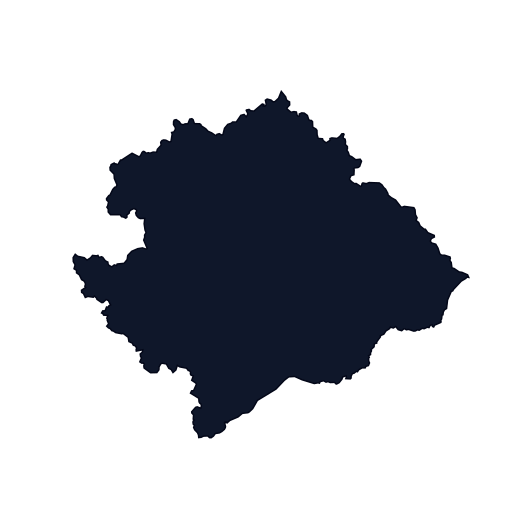 outline of Huiliches, Neuquén, Argentina, rotated 326°
{"feature_id": "61730980B75660067581001", "entity_name": "Huiliches", "entity_type": "district", "adm_level": 2, "iso_a3": "ARG", "parent_name": "Argentina", "parent_adm1": "Neuquén", "projection": "equal_earth", "projection_center": [-71.371, -39.778], "detail": "fine", "context": "isolated", "style": "filled", "palette": "ink", "viewbox_px": 512, "rotation_deg": 326, "n_neighbors": 0, "source": "geoboundaries", "source_scale": "gbopen_adm2", "svg_char_len": 6133}
<svg xmlns="http://www.w3.org/2000/svg" viewBox="0 0 512 512"><g transform="rotate(326 256 256)"><path d="M369.0,133.7L362.9,137.8L358.0,138.6L356.4,137.8L355.7,135.2L353.0,132.1L350.9,132.1L349.4,135.8L348.3,136.7L346.9,136.7L345.8,135.7L346.2,135.2L346.9,135.6L347.3,134.8L346.2,133.5L335.3,134.7L332.8,132.6L332.2,130.6L329.7,129.6L329.3,129.9L328.9,133.1L328.1,134.1L325.7,135.1L325.3,132.0L322.1,130.9L314.5,133.9L311.5,131.8L309.8,132.1L306.2,131.1L301.3,132.5L296.5,136.8L295.8,136.7L295.1,136.4L294.0,134.1L291.7,133.3L290.5,133.9L289.6,132.9L288.1,129.1L286.0,125.8L285.5,122.4L283.4,117.4L283.8,116.2L283.1,115.3L283.3,114.9L279.3,112.1L279.1,111.2L280.1,107.8L279.6,106.3L277.6,105.5L273.5,108.3L271.1,106.8L269.0,106.4L267.5,104.6L267.5,101.8L266.1,98.3L264.2,97.6L262.8,98.5L261.1,100.9L260.9,104.4L260.0,105.9L257.3,107.2L255.1,106.4L254.6,108.1L249.7,113.4L248.0,113.2L246.0,109.5L244.3,108.1L242.6,107.7L240.6,108.4L239.3,111.1L233.9,112.4L231.6,114.4L228.8,112.3L225.6,111.5L224.6,110.2L222.5,109.4L221.8,107.0L221.0,106.2L219.5,106.4L216.0,108.4L214.4,108.2L210.7,101.5L198.4,101.3L197.3,100.7L193.0,102.8L191.9,102.5L191.4,101.2L190.5,100.8L190.4,99.6L187.0,99.2L185.5,100.6L184.6,100.7L183.1,103.3L184.1,108.8L181.9,112.5L180.5,119.5L178.4,120.5L177.3,120.0L174.5,120.7L169.1,123.8L167.8,123.6L164.2,124.8L163.5,126.0L164.0,128.7L161.1,131.5L159.7,132.1L159.7,134.5L158.1,136.9L158.5,140.4L166.5,145.8L166.5,148.2L167.9,149.5L169.2,151.8L170.8,151.6L171.7,149.9L175.0,149.5L175.7,148.3L178.3,147.9L181.3,148.4L182.6,150.6L182.4,151.9L180.3,153.0L179.5,155.4L179.9,158.5L181.0,160.3L184.8,162.6L181.3,166.7L178.5,172.5L178.0,175.1L175.3,176.4L174.2,178.2L171.8,180.0L170.0,189.0L168.8,188.9L166.4,185.8L162.1,183.8L155.6,182.6L150.0,183.8L147.2,186.9L142.6,188.3L136.4,185.0L135.1,185.9L133.5,184.1L130.4,184.4L128.8,181.4L129.1,179.2L129.8,178.3L128.4,175.7L128.2,171.4L127.5,170.2L125.1,169.5L125.3,167.1L123.9,166.7L120.8,164.1L117.8,165.0L113.6,164.9L112.7,161.4L108.0,156.5L107.1,153.5L103.5,155.1L101.4,158.5L101.1,162.2L98.0,164.8L99.2,167.5L97.8,169.6L99.0,172.8L98.2,178.1L99.4,180.4L99.4,182.7L98.4,184.6L97.2,185.3L97.2,186.8L92.2,186.8L91.1,188.7L92.0,190.6L91.3,194.9L94.0,195.5L98.1,199.2L99.7,198.8L100.3,202.0L99.9,203.0L102.0,208.3L103.1,209.0L107.4,208.3L108.7,210.4L108.1,215.3L106.3,215.0L104.9,215.8L103.6,214.7L100.3,217.0L98.2,215.8L96.1,216.9L96.8,218.0L96.6,219.8L99.9,222.4L97.5,224.2L97.5,225.2L96.7,226.1L95.9,229.8L93.0,230.7L93.5,233.1L94.5,234.6L94.8,237.4L95.8,238.4L96.8,241.0L101.3,245.5L102.5,245.8L104.6,251.9L102.8,255.9L104.7,259.0L104.4,261.4L105.5,262.7L105.7,264.0L105.5,265.6L104.1,266.8L103.6,267.9L109.7,270.4L107.9,272.2L105.2,272.5L104.1,274.8L104.1,276.4L100.5,278.8L101.4,281.0L102.7,281.7L102.9,283.3L101.6,284.3L100.6,286.3L103.3,293.8L108.6,297.2L111.8,296.1L113.6,293.7L116.9,292.1L118.5,292.6L121.3,295.4L120.9,300.4L122.2,302.7L122.0,306.2L125.8,305.7L129.6,302.7L130.8,305.3L135.7,310.2L135.8,313.1L136.6,313.6L136.9,315.5L135.7,317.0L135.5,318.4L136.9,320.4L133.2,323.1L135.0,327.5L134.9,329.0L129.0,332.7L127.2,331.8L125.0,333.1L129.0,341.9L127.2,345.1L127.1,346.8L127.6,347.7L127.0,349.7L125.1,351.3L122.9,348.2L121.3,347.7L115.6,349.2L115.0,350.3L115.4,352.8L112.7,356.2L113.1,357.5L111.5,357.8L110.6,358.9L109.9,360.5L110.4,361.8L108.4,363.3L108.0,365.9L108.7,369.8L108.2,372.3L107.0,374.5L109.1,375.6L111.8,376.0L115.4,378.2L115.9,380.6L117.2,381.6L120.0,381.5L123.0,380.4L126.8,382.2L129.5,382.4L132.9,382.0L134.6,381.1L135.5,380.1L136.6,376.7L137.5,377.2L137.8,376.4L138.8,377.3L138.8,378.2L142.3,377.7L151.2,379.4L156.7,378.8L161.7,381.4L163.2,381.5L167.9,380.7L176.4,376.5L198.1,377.5L209.9,374.9L215.6,374.5L220.7,377.5L225.0,384.4L233.0,394.3L236.5,395.8L237.5,396.9L238.9,396.0L242.3,397.2L243.5,399.7L245.5,400.4L246.8,402.4L250.5,404.7L250.7,406.6L251.2,407.2L254.1,407.5L258.3,406.2L260.1,404.8L263.6,405.6L263.4,406.7L261.9,407.9L265.5,410.6L266.5,410.4L267.7,408.8L270.1,407.4L271.8,408.0L274.5,407.7L275.4,408.7L277.5,407.8L281.5,408.1L284.0,409.8L285.4,408.9L287.9,409.7L290.3,408.1L290.7,406.1L292.1,403.8L293.2,403.4L293.6,401.6L295.8,401.8L296.8,400.3L298.7,399.2L298.9,398.0L303.1,397.3L304.9,395.0L307.4,395.7L308.0,394.7L313.9,392.6L314.6,391.6L318.2,392.3L321.8,390.8L326.2,390.9L327.6,390.1L329.6,392.5L332.4,392.6L332.7,396.6L335.0,399.4L337.5,399.1L338.8,399.7L339.3,401.2L341.5,402.2L344.7,406.4L346.1,407.2L348.6,407.5L349.8,408.8L353.4,408.9L354.7,410.3L358.1,410.8L359.4,412.1L361.6,410.9L363.4,411.4L362.9,413.1L363.6,414.2L365.4,413.2L372.0,414.4L372.6,414.1L372.4,413.3L374.7,411.9L377.2,409.0L378.1,409.3L379.9,407.2L382.1,406.0L384.6,406.1L390.2,399.6L398.0,394.6L399.6,394.9L401.1,394.1L412.1,391.6L417.4,391.9L419.0,391.4L420.4,392.7L420.9,389.9L417.6,384.7L415.5,382.8L413.3,377.2L411.8,375.4L414.2,370.6L414.3,367.8L415.7,366.8L416.3,365.3L412.8,360.8L410.3,359.1L409.6,356.9L411.3,351.2L411.6,346.7L408.9,343.4L408.8,341.1L411.1,339.6L414.5,340.0L415.3,338.6L411.5,332.7L411.4,328.5L410.3,327.7L408.9,322.8L409.6,319.2L408.6,316.0L410.9,314.4L411.3,310.9L413.7,306.6L413.9,304.2L406.7,297.8L404.5,297.3L403.6,296.4L403.0,287.6L400.8,283.3L399.6,279.4L400.3,277.8L400.8,273.0L400.2,270.7L400.2,267.4L399.1,264.4L390.9,258.4L387.9,257.7L385.5,255.2L384.6,255.2L382.6,256.9L381.6,256.7L379.6,251.9L378.0,251.0L376.8,247.7L376.4,244.8L377.0,244.1L379.7,242.5L382.6,243.4L385.6,239.4L385.7,238.3L387.0,238.1L390.0,239.7L392.0,239.7L396.5,236.4L396.5,234.0L392.5,231.9L390.9,227.2L389.5,225.0L390.5,221.6L390.5,219.0L391.8,218.2L393.0,216.3L392.4,213.5L394.1,211.4L395.2,209.0L394.3,207.1L394.9,205.9L397.0,204.4L397.0,203.6L395.5,202.7L392.4,203.7L389.0,203.9L384.9,200.5L383.0,200.0L382.1,201.5L377.4,201.4L376.2,197.8L376.7,196.0L373.3,193.3L374.5,189.6L376.8,185.9L376.7,184.2L375.1,180.9L378.0,176.2L377.7,174.6L376.4,173.6L376.0,172.4L377.2,168.2L375.9,164.5L373.9,162.9L371.3,162.5L370.2,164.2L369.0,163.7L368.8,162.2L370.0,159.2L368.2,157.5L365.4,156.4L364.0,151.5L364.7,150.5L368.4,149.6L370.0,147.0L368.8,144.7L368.7,143.2L369.6,140.7L369.0,133.7Z" fill="#0f172a" stroke="#020617" stroke-width="1.5"/></g></svg>